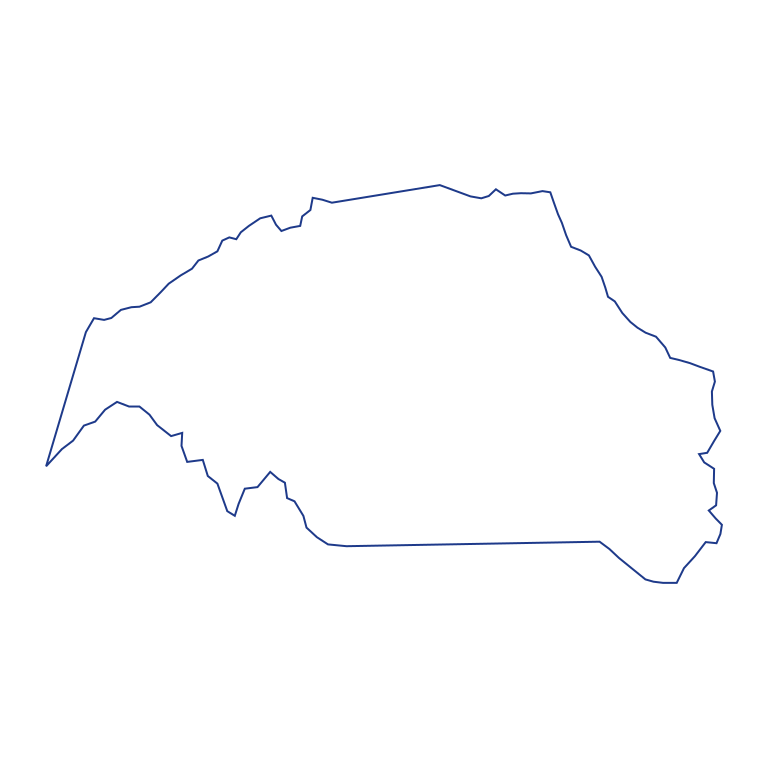 Nazário, Goiás, Brazil
{"feature_id": "56859067B93863965872709", "entity_name": "Nazário", "entity_type": "district", "adm_level": 2, "iso_a3": "BRA", "parent_name": "Brazil", "parent_adm1": "Goiás", "projection": "natural_earth1", "projection_center": [-49.852, -16.584], "detail": "fine", "context": "isolated", "style": "outline", "palette": "blue", "viewbox_px": 768, "rotation_deg": 0, "n_neighbors": 0, "source": "geoboundaries", "source_scale": "gbopen_adm2", "svg_char_len": 1643}
<svg xmlns="http://www.w3.org/2000/svg" viewBox="0 0 768 768"><path d="M94.0,318.2L85.9,332.1L46.1,466.3L61.9,449.1L73.1,440.6L83.9,425.6L95.2,421.6L105.1,409.7L117.0,401.9L129.0,406.5L139.4,406.5L149.5,414.7L157.1,425.1L171.1,436.1L182.2,432.9L181.5,445.9L187.2,461.9L202.8,459.9L207.8,476.0L217.4,483.6L227.3,511.2L234.8,515.8L238.6,503.9L244.8,488.7L257.5,487.1L270.2,471.9L278.4,479.0L284.9,482.7L287.1,498.1L294.5,501.3L303.4,515.9L306.5,527.6L316.9,537.2L328.0,544.4L346.5,546.2L599.6,541.7L609.4,549.0L619.0,558.0L645.4,579.4L653.5,581.7L663.3,582.9L676.7,582.9L684.0,568.1L694.9,556.2L705.7,542.1L716.5,543.2L720.4,534.0L721.9,524.8L715.8,518.6L708.8,510.5L716.1,505.3L717.0,492.8L713.8,483.1L714.1,468.8L704.2,462.4L699.1,454.1L707.2,452.8L714.1,441.0L720.3,430.9L714.6,418.2L712.3,404.8L711.9,391.5L714.9,381.6L713.1,371.5L700.0,366.9L689.9,363.1L678.7,359.9L670.2,357.9L665.3,347.5L656.0,336.7L645.6,332.7L637.5,327.7L630.4,322.0L622.3,313.0L614.8,301.4L608.0,296.8L605.3,287.6L601.6,276.8L595.1,266.7L588.9,255.4L580.7,250.5L571.1,246.8L566.1,235.1L561.9,222.9L558.0,214.2L553.8,202.4L550.3,192.3L542.5,191.1L530.9,193.4L520.9,193.2L512.9,193.7L505.2,195.5L495.9,189.3L488.8,196.0L481.3,198.3L470.5,196.4L439.8,185.1L331.9,202.7L322.3,199.7L312.7,197.8L310.4,210.0L302.2,216.4L300.2,225.9L290.3,227.7L281.4,231.0L276.0,224.7L271.3,215.6L260.2,218.3L248.9,225.9L240.8,232.3L236.3,239.2L229.3,237.4L222.3,240.6L217.4,251.3L208.2,256.5L198.4,260.5L192.0,268.7L180.7,275.4L168.7,283.7L160.7,292.2L150.7,302.3L139.5,306.7L131.4,307.2L120.9,309.9L111.3,318.0L104.1,319.9L94.0,318.2Z" fill="none" stroke="#1e3a8a" stroke-width="2"/></svg>